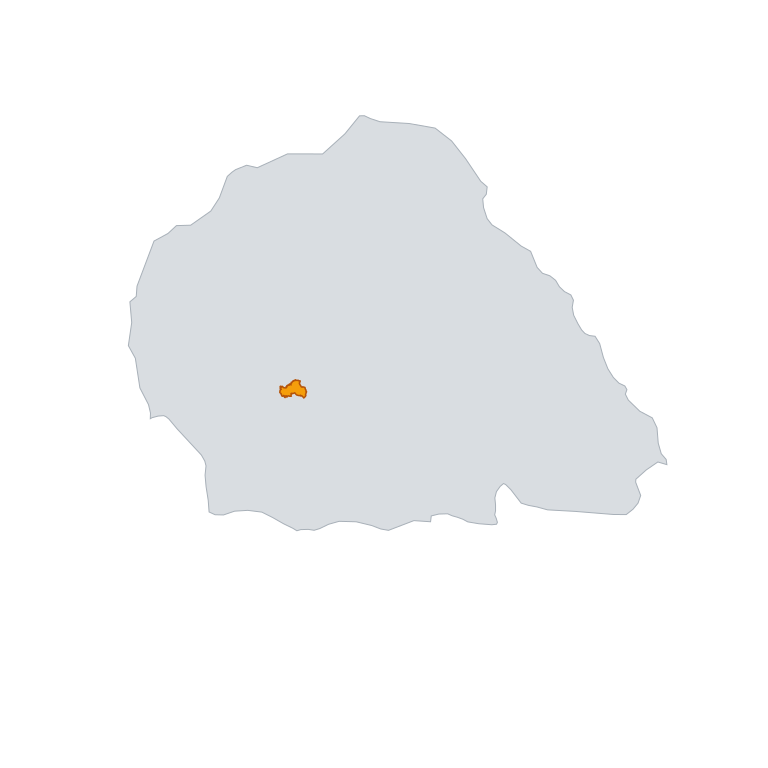 location of Santa Clara de Olimar, Treinta y Tres, Uruguay, rotated 137°
{"feature_id": "84410073B4771641932521", "entity_name": "Santa Clara de Olimar", "entity_type": "district", "adm_level": 2, "iso_a3": "URY", "parent_name": "Uruguay", "parent_adm1": "Treinta y Tres", "projection": "equal_earth", "projection_center": [-54.951, -33.024], "detail": "fine", "context": "in_parent", "style": "filled", "palette": "amber", "viewbox_px": 768, "rotation_deg": 137, "n_neighbors": 0, "source": "geoboundaries", "source_scale": "gbopen_adm2", "svg_char_len": 4637}
<svg xmlns="http://www.w3.org/2000/svg" viewBox="0 0 768 768"><g transform="rotate(137 384 384)"><path d="M578.6,518.0L574.6,522.0L570.3,529.5L565.2,547.6L548.3,572.4L544.8,586.4L526.6,601.0L513.8,617.4L505.5,617.0L497.9,624.0L454.7,645.4L439.2,641.4L427.8,641.4L417.1,632.0L392.7,628.6L377.5,632.4L357.0,642.7L350.9,642.6L346.4,642.0L335.3,637.7L329.2,628.6L297.6,618.1L272.0,594.1L242.0,593.6L219.0,596.8L215.4,593.6L213.0,587.5L208.1,578.6L188.0,557.4L172.1,536.3L168.8,515.6L170.7,493.0L175.0,466.2L174.1,457.8L179.8,453.0L185.5,452.1L190.9,445.1L195.8,434.6L196.5,426.7L192.5,411.9L189.6,391.3L186.3,381.0L192.5,364.8L192.6,356.9L188.9,350.0L187.8,342.8L189.4,335.5L189.0,328.5L186.6,321.7L188.3,316.1L194.1,311.7L198.4,304.9L201.1,295.7L202.6,288.7L202.6,283.9L200.7,279.3L197.1,275.0L198.7,266.5L205.5,253.7L209.9,242.4L211.8,232.4L211.6,224.4L209.2,218.3L210.2,214.2L214.4,212.0L216.3,205.6L215.5,189.6L210.9,176.3L214.2,165.8L223.8,153.7L228.8,143.9L229.1,136.4L232.1,132.1L236.9,140.2L250.7,142.3L264.7,142.6L266.9,140.6L272.3,127.4L279.5,123.6L287.3,122.6L295.9,123.3L305.1,132.0L331.2,160.6L350.2,180.4L356.0,189.8L361.1,196.7L364.9,203.3L363.3,220.2L363.6,227.6L364.5,229.7L368.8,229.9L375.2,228.6L380.6,225.1L384.8,219.6L388.9,215.2L392.3,212.8L393.5,209.3L395.4,205.5L397.3,204.7L401.1,207.5L410.0,217.2L416.8,226.1L418.5,231.2L421.2,236.5L424.0,241.1L426.0,245.7L432.6,251.5L439.4,255.3L443.9,251.5L455.3,263.7L480.5,273.9L485.2,280.1L489.5,288.9L498.3,302.2L510.5,314.2L520.2,319.2L529.6,322.1L534.9,324.7L538.5,329.3L544.2,334.3L547.8,336.1L549.0,340.5L552.7,350.1L556.5,362.3L560.7,373.6L569.8,384.5L580.0,392.9L590.7,397.7L596.7,403.6L599.2,409.7L591.9,418.8L584.1,430.3L577.1,439.3L570.0,445.5L567.6,449.9L566.0,456.6L565.9,492.0L565.2,505.2L565.7,508.7L566.7,511.1L571.1,514.6L576.5,517.5L578.6,518.0Z" fill="#d9dde1" stroke="#a8b0b8" stroke-width="1"/><path d="M446.4,438.3L446.4,438.5L446.3,438.9L446.3,439.0L446.2,439.1L446.1,439.5L446.0,439.8L446.0,440.0L446.0,440.6L446.0,440.8L445.9,440.8L445.8,441.1L445.6,441.3L445.6,441.5L445.6,441.8L445.5,442.0L445.4,442.2L445.4,442.3L445.2,442.5L444.9,442.6L444.6,442.7L444.4,442.7L444.2,442.7L444.1,442.8L443.9,442.9L443.8,443.0L443.7,443.0L443.6,443.3L443.4,443.4L443.3,443.5L443.5,443.7L443.6,443.9L443.7,444.1L444.1,444.3L444.3,445.4L445.1,445.8L445.6,446.5L445.8,447.3L446.1,447.6L446.6,447.2L447.0,447.5L447.4,447.6L447.8,448.1L448.4,447.9L448.7,448.3L449.3,448.1L449.9,448.2L450.0,448.0L450.3,448.0L450.6,447.9L450.7,448.0L450.9,448.3L451.1,448.1L451.2,447.9L451.4,448.0L451.7,447.9L451.7,447.7L451.9,447.4L452.2,447.5L452.5,447.6L452.6,447.4L452.7,447.7L452.9,448.2L453.1,448.4L453.4,448.1L453.7,447.7L453.9,447.8L454.1,448.2L454.4,448.0L454.6,448.0L454.9,448.7L455.5,448.8L456.2,449.0L456.4,448.9L456.5,448.4L456.8,448.4L457.2,448.7L457.5,448.7L457.6,448.3L457.7,447.9L458.0,447.9L458.8,448.4L459.9,449.8L459.9,450.5L459.9,451.3L460.1,451.8L460.5,451.8L460.8,451.6L461.1,451.5L461.3,451.6L461.3,452.0L461.1,452.7L461.3,453.0L461.8,452.9L462.2,452.4L462.5,451.6L462.9,451.5L462.8,450.9L462.7,450.5L462.9,450.2L463.2,450.4L464.3,450.4L464.6,449.7L465.3,449.5L466.0,448.8L466.0,448.0L465.8,447.2L466.3,446.6L466.3,446.0L466.8,445.3L466.8,444.8L466.7,444.4L466.4,444.2L466.2,444.1L465.7,444.1L465.4,444.1L465.2,444.0L465.2,443.8L465.2,443.6L465.4,443.4L465.6,443.0L465.6,442.7L465.7,442.3L465.7,441.9L465.6,441.6L465.4,441.6L465.3,441.9L465.2,442.1L465.2,442.5L465.2,442.9L465.1,443.0L464.9,443.0L464.7,442.9L464.3,442.3L464.0,442.3L463.6,442.0L463.2,441.6L463.2,441.3L463.6,441.4L463.9,441.0L463.9,440.7L463.1,440.7L462.3,440.6L461.7,440.3L461.3,439.3L460.6,438.7L460.1,438.4L459.7,439.1L459.4,439.4L458.9,439.6L458.7,440.3L458.4,440.4L458.0,440.3L457.6,439.4L457.1,439.4L456.7,438.9L456.0,438.7L455.3,438.4L455.4,437.4L455.4,435.6L454.9,434.9L454.8,434.5L454.0,433.4L453.3,432.9L452.8,432.8L452.7,432.5L453.1,432.2L452.9,431.8L452.5,431.7L452.1,431.3L452.1,428.5L450.0,428.5L448.9,429.0L448.7,429.5L448.8,429.5L448.7,429.6L448.5,429.8L448.4,429.8L448.3,430.0L448.2,430.0L447.9,430.2L447.7,430.2L447.6,430.3L447.3,430.5L447.2,430.6L446.9,430.7L446.8,430.8L446.5,430.9L446.2,431.0L446.3,431.2L446.3,431.5L445.9,431.7L445.8,431.8L445.8,432.0L445.7,432.2L445.6,432.4L445.5,432.5L445.3,432.7L445.2,432.8L445.2,433.2L445.1,433.7L444.9,434.1L444.9,434.3L444.7,434.5L444.4,434.9L444.3,435.1L444.2,435.4L444.2,435.5L444.3,435.7L444.4,435.8L444.6,436.1L444.8,436.4L444.9,436.6L445.0,436.8L445.1,437.0L445.3,437.2L445.5,437.4L445.6,437.5L445.8,437.5L446.0,437.5L446.1,437.8L446.3,438.0L446.4,438.3L446.4,438.3Z" fill="#f59e0b" stroke="#b45309" stroke-width="1.5"/></g></svg>